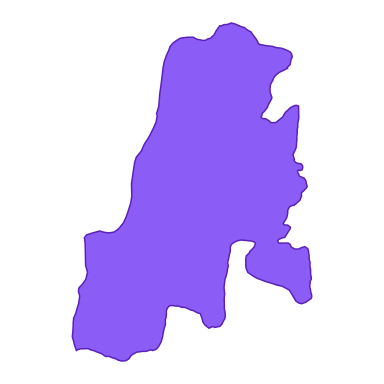 outline of Sumusta, Bani Suwayf, Egypt
{"feature_id": "37247803B50724482845491", "entity_name": "Sumusta", "entity_type": "district", "adm_level": 2, "iso_a3": "EGY", "parent_name": "Egypt", "parent_adm1": "Bani Suwayf", "projection": "equal_earth", "projection_center": [30.871, 28.951], "detail": "fine", "context": "isolated", "style": "filled", "palette": "violet", "viewbox_px": 384, "rotation_deg": 0, "n_neighbors": 0, "source": "geoboundaries", "source_scale": "gbopen_adm2", "svg_char_len": 5009}
<svg xmlns="http://www.w3.org/2000/svg" viewBox="0 0 384 384"><path d="M219.7,25.8L216.0,31.0L215.4,32.4L213.7,35.3L212.0,36.7L210.8,38.1L207.9,38.9L206.5,39.7L205.6,40.3L203.3,40.4L202.7,40.4L199.7,39.8L196.8,39.2L193.2,37.2L187.5,37.3L186.7,37.3L184.0,37.7L180.3,38.2L176.8,40.3L172.8,43.2L169.9,46.8L168.8,50.3L166.5,55.2L164.3,61.5L163.2,67.0L162.7,71.2L161.7,79.6L160.7,87.2L159.7,94.2L159.2,101.1L158.7,106.7L156.8,112.9L156.5,113.7L157.2,115.8L156.1,122.0L153.3,128.4L150.5,134.0L148.2,138.2L145.4,142.4L144.2,144.5L141.4,150.9L139.7,153.0L136.3,157.2L135.9,158.4L134.8,162.0L134.6,162.8L134.5,163.5L133.6,169.1L132.5,176.8L131.5,183.7L131.6,189.3L131.8,196.2L130.7,203.2L128.5,210.2L126.3,216.5L123.5,222.8L121.4,225.3L118.9,228.5L114.3,232.0L109.0,232.9L104.3,232.3L99.6,231.0L97.5,231.6L91.4,233.3L86.7,234.8L84.4,237.7L85.1,243.2L85.3,250.1L85.4,256.4L85.6,265.4L87.5,272.3L85.8,279.3L83.0,283.5L79.0,287.8L78.4,291.3L79.7,296.1L78.7,303.0L75.9,312.8L74.8,315.6L73.7,317.8L73.2,322.6L73.2,324.7L72.8,332.4L72.3,336.5L73.6,341.4L74.9,346.2L76.4,350.5L77.9,349.6L80.8,348.8L82.5,348.8L85.5,348.7L88.4,348.6L90.8,349.9L93.7,350.6L96.7,351.9L100.2,353.2L102.0,353.8L103.8,355.2L105.6,356.5L108.4,356.4L109.1,356.4L112.1,357.7L116.2,359.0L118.6,360.3L121.5,361.0L122.7,360.9L125.1,360.9L126.8,360.1L129.1,358.7L130.3,356.6L130.7,356.1L132.6,354.4L136.6,352.2L142.5,351.4L144.2,351.4L146.0,351.3L148.9,350.5L150.7,349.8L152.4,350.5L155.4,349.7L156.5,349.0L157.7,347.6L158.8,346.1L160.0,344.0L161.1,341.9L162.2,338.4L162.2,337.7L162.7,336.3L163.0,334.3L163.3,332.8L163.8,330.0L164.3,327.9L165.0,326.0L165.4,324.4L165.4,322.2L165.3,319.6L165.9,318.2L166.4,314.7L166.3,311.2L166.9,309.1L168.6,306.3L170.3,305.6L172.7,305.5L175.6,306.1L179.2,306.1L181.5,307.4L184.5,307.3L188.0,308.6L190.4,309.9L193.3,310.6L196.9,312.6L198.7,313.2L200.5,313.8L201.1,315.9L202.3,319.4L203.0,322.1L204.8,324.9L209.0,328.2L211.9,326.8L213.0,326.7L214.8,327.4L217.8,326.8L218.8,326.5L219.6,326.5L221.8,324.4L223.5,320.9L224.5,319.2L224.9,318.6L225.2,316.0L225.1,312.5L224.4,309.1L224.4,305.6L224.2,298.7L224.7,293.8L224.0,287.6L224.5,283.4L225.0,279.2L226.1,276.4L227.2,271.5L227.7,268.1L228.3,266.0L227.6,262.5L228.7,258.3L229.2,255.5L230.3,251.3L230.3,247.2L231.1,245.1L231.4,244.4L234.3,242.2L237.8,240.7L241.3,240.0L246.0,240.5L251.9,241.1L254.8,242.4L255.4,243.8L255.0,245.0L254.3,246.6L252.6,248.7L249.7,251.6L249.2,253.0L246.3,255.8L245.8,258.6L245.8,262.8L245.9,267.6L247.8,272.4L253.7,276.4L256.7,278.1L257.3,278.4L266.2,281.7L267.0,281.9L272.7,283.6L276.2,284.9L282.1,286.2L285.7,288.1L289.2,290.1L291.1,292.9L293.5,297.0L293.9,297.7L295.9,301.1L298.9,303.1L301.8,303.7L305.9,302.2L308.8,300.1L311.1,298.6L311.7,297.2L311.6,294.5L311.0,293.1L310.4,289.6L309.7,286.2L309.7,285.5L310.2,282.7L310.2,281.3L311.3,279.2L311.3,277.1L310.7,275.0L310.6,271.6L310.6,269.5L309.9,266.0L310.1,262.2L309.2,259.8L309.1,255.7L308.4,250.8L307.8,248.7L306.0,247.4L304.8,246.7L301.9,247.5L300.2,248.2L299.0,249.0L296.1,249.0L294.9,249.1L293.7,248.4L291.3,247.1L290.1,244.3L288.9,243.6L288.3,243.0L286.0,243.0L284.8,243.1L282.4,243.1L279.5,243.2L278.3,242.5L277.7,240.5L279.1,239.3L281.2,238.3L282.9,237.6L284.7,237.5L290.4,228.3L290.3,227.0L287.4,225.0L286.8,225.0L285.0,225.0L284.4,225.0L283.2,223.7L284.4,221.6L286.6,218.0L287.2,215.9L287.7,213.1L287.7,211.8L287.7,210.4L288.8,208.3L289.4,206.9L292.3,205.4L294.0,205.4L295.8,203.9L298.1,201.8L299.8,200.4L300.4,199.0L300.8,197.8L301.5,196.2L301.4,192.7L303.2,191.3L306.0,188.4L306.6,187.7L307.2,186.3L306.5,184.2L305.9,180.8L304.1,178.1L302.3,177.4L299.3,176.1L298.7,174.0L298.1,173.3L297.5,171.3L298.6,169.9L299.8,170.5L300.4,170.5L302.1,169.8L302.7,167.7L302.7,166.3L302.0,164.9L300.8,163.6L299.1,163.6L296.7,163.0L295.5,162.3L294.3,160.9L294.3,159.6L294.3,158.9L293.7,157.5L293.0,154.7L293.6,153.3L294.7,151.2L295.9,148.4L296.4,146.3L296.4,144.9L296.9,139.4L296.8,136.6L297.3,133.1L297.2,129.6L297.8,126.9L297.7,124.1L298.4,120.1L298.8,117.8L298.7,115.0L298.7,112.3L298.6,109.5L298.6,106.7L298.5,106.0L296.8,105.4L295.0,105.4L293.9,105.9L293.3,106.2L290.4,107.6L287.5,110.5L285.7,111.9L283.5,115.4L282.9,116.8L281.2,118.2L277.7,121.1L276.0,122.5L274.8,122.6L274.2,122.6L271.3,122.7L270.1,122.0L268.9,120.6L266.5,119.3L265.3,118.6L263.0,118.7L261.8,118.0L261.2,117.3L261.2,116.7L261.7,115.9L262.3,113.2L264.0,111.7L265.7,109.6L267.4,107.5L268.0,105.4L271.4,99.1L271.9,97.7L271.3,95.6L270.7,94.2L270.1,91.5L270.0,88.7L270.5,84.5L272.5,80.8L272.8,80.3L273.9,77.5L275.6,75.4L277.4,73.9L279.1,72.5L282.0,71.0L283.7,70.3L284.9,69.6L285.5,69.3L286.7,68.8L287.6,68.3L287.2,67.5L290.1,64.6L290.6,61.8L291.2,59.0L292.3,56.9L291.7,54.2L290.4,52.1L288.1,50.8L285.1,49.5L281.5,48.2L276.2,47.6L272.1,46.3L266.8,45.8L263.3,45.1L260.3,44.5L258.5,43.9L257.8,42.1L256.7,39.8L253.1,35.0L250.7,31.6L248.9,30.9L245.9,28.9L244.7,27.6L241.8,26.9L238.8,25.6L235.8,24.3L234.1,23.7L231.1,23.0L229.4,23.8L227.0,24.5L224.1,24.6L220.6,26.1L219.7,25.8Z" fill="#8b5cf6" stroke="#5b21b6" stroke-width="1.5"/></svg>